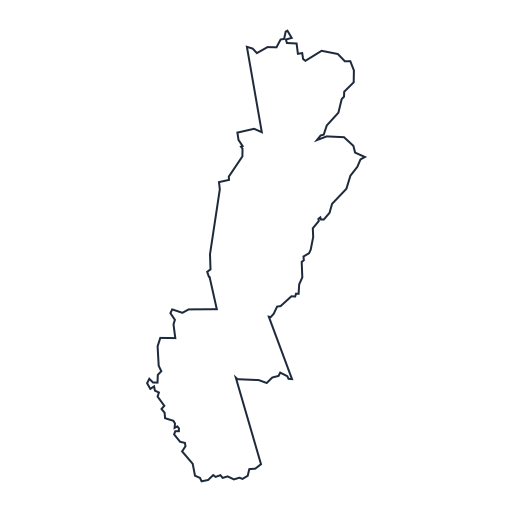 Aguachica, Cesar, Colombia (Equal Earth projection)
{"feature_id": "7082276B33891550919089", "entity_name": "Aguachica", "entity_type": "district", "adm_level": 2, "iso_a3": "COL", "parent_name": "Colombia", "parent_adm1": "Cesar", "projection": "equal_earth", "projection_center": [-73.576, 8.248], "detail": "medium", "context": "isolated", "style": "outline", "palette": "slate", "viewbox_px": 512, "rotation_deg": 0, "n_neighbors": 0, "source": "geoboundaries", "source_scale": "gbopen_adm2", "svg_char_len": 1901}
<svg xmlns="http://www.w3.org/2000/svg" viewBox="0 0 512 512"><path d="M157.6,346.3L158.7,365.8L161.3,371.2L157.8,374.9L157.5,382.6L153.0,382.5L149.3,378.8L147.1,383.2L150.3,388.9L154.1,386.4L154.9,390.6L158.9,392.5L157.6,396.6L164.3,405.8L161.5,409.0L164.6,412.7L165.1,418.2L173.4,420.8L175.0,423.5L174.6,427.9L177.3,426.4L178.9,428.3L178.9,431.2L175.3,431.2L174.1,434.4L180.1,441.8L184.9,442.9L185.5,446.2L182.1,451.4L192.7,463.8L195.0,475.7L200.0,477.9L201.6,481.3L208.1,480.0L213.2,475.1L215.6,476.9L220.4,475.2L222.7,477.9L227.6,476.4L233.9,479.4L239.4,477.7L242.5,478.9L247.7,475.8L249.3,469.1L255.2,468.7L261.0,464.2L235.8,377.6L237.5,379.2L258.8,380.1L266.7,383.0L272.3,377.5L278.6,375.9L280.2,372.6L287.3,376.2L288.5,378.8L292.0,379.1L268.8,316.7L270.7,317.1L273.7,313.8L277.1,306.6L280.6,306.1L291.4,296.3L295.2,296.5L296.0,293.7L298.6,293.8L299.2,284.3L302.3,277.4L301.7,261.9L303.8,260.3L303.5,256.5L309.1,253.2L310.7,249.7L313.2,237.0L312.8,228.3L318.8,221.0L318.4,218.9L320.3,217.4L321.0,219.5L323.8,219.5L329.5,212.9L332.1,203.8L346.4,188.8L350.4,175.7L357.3,166.9L360.5,159.4L364.9,157.0L355.1,152.6L353.4,145.9L344.0,137.2L326.7,136.4L316.9,140.1L320.7,135.4L323.7,134.7L326.8,125.4L338.4,112.7L341.7,99.1L344.0,96.7L344.2,91.7L353.7,82.3L353.9,70.4L350.3,61.2L344.9,61.3L337.8,54.0L321.6,50.8L305.4,60.8L303.1,59.0L302.2,53.1L297.9,53.8L296.6,43.5L286.9,43.0L285.9,39.5L291.7,37.9L287.4,30.7L285.7,31.6L284.1,38.9L280.6,39.5L276.5,47.3L267.5,47.1L256.9,53.1L252.7,48.6L246.9,46.8L261.8,132.2L254.1,128.8L237.4,132.6L238.5,139.9L242.6,146.1L241.0,146.7L242.5,148.7L242.4,156.4L228.8,176.6L229.0,179.9L219.0,182.1L219.8,189.4L210.0,254.2L210.5,269.4L207.2,271.8L208.9,276.8L209.5,276.9L209.7,277.2L209.7,277.5L216.8,309.2L188.7,309.4L182.4,312.8L172.2,309.4L170.4,313.2L174.9,319.8L173.5,324.4L175.3,338.1L160.3,337.9L157.6,346.3Z" fill="none" stroke="#1e293b" stroke-width="2"/></svg>